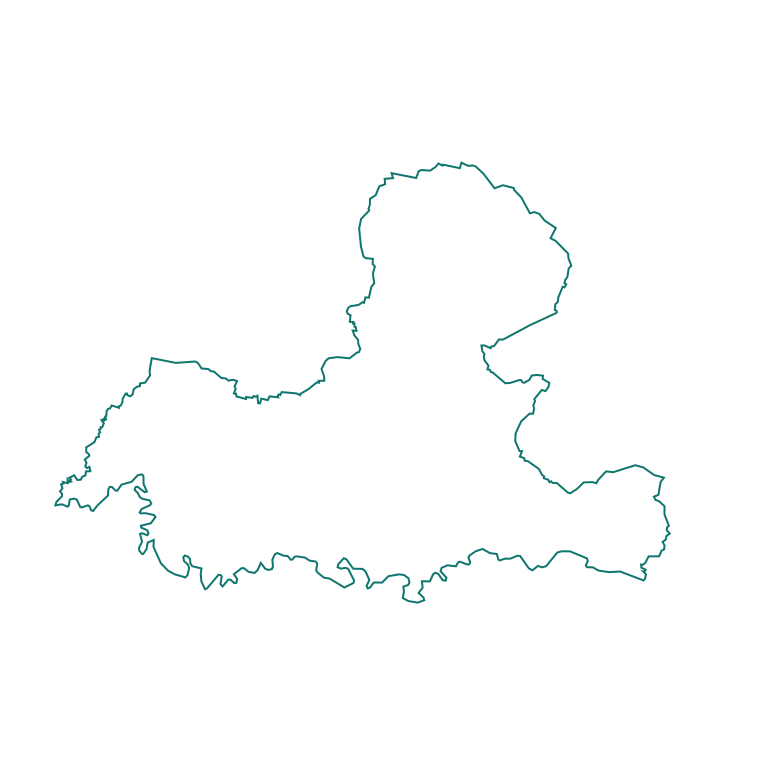 Mueang Maha Sarakham, Maha Sarakham, Thailand (orthographic projection), rotated 189°
{"feature_id": "78962969B99626144769270", "entity_name": "Mueang Maha Sarakham", "entity_type": "district", "adm_level": 2, "iso_a3": "THA", "parent_name": "Thailand", "parent_adm1": "Maha Sarakham", "projection": "orthographic", "projection_center": [103.336, 16.105], "detail": "fine", "context": "isolated", "style": "outline", "palette": "teal", "viewbox_px": 768, "rotation_deg": 189, "n_neighbors": 0, "source": "geoboundaries", "source_scale": "gbopen_adm2", "svg_char_len": 6139}
<svg xmlns="http://www.w3.org/2000/svg" viewBox="0 0 768 768"><g transform="rotate(189 384 384)"><path d="M285.8,596.0L286.5,597.9L297.7,598.9L305.4,594.6L318.7,607.3L327.5,613.2L330.4,613.8L335.0,612.6L342.1,614.7L342.9,609.0L360.0,609.9L360.3,608.9L364.7,610.3L367.1,606.4L371.7,602.0L380.8,601.1L382.9,599.7L384.5,592.5L409.5,593.4L407.3,588.8L415.4,586.7L414.2,581.5L419.6,578.5L421.7,569.3L426.8,564.7L426.0,558.8L426.7,554.6L425.7,553.1L432.4,543.5L432.9,533.8L428.2,516.0L424.1,506.6L421.6,505.4L414.6,505.9L414.0,500.7L411.4,498.7L412.2,491.3L409.4,481.9L411.7,478.1L412.4,466.9L415.9,466.7L416.4,461.1L417.8,461.6L421.4,458.2L429.5,455.5L431.3,453.5L432.1,449.9L430.7,447.6L427.8,446.7L427.5,440.0L424.0,440.5L424.0,438.9L422.7,439.3L422.1,435.9L420.9,435.9L419.5,432.2L423.3,431.9L420.8,427.3L416.6,423.7L415.6,419.5L412.9,415.0L413.7,411.6L415.8,410.7L422.0,404.0L434.1,403.3L442.6,400.8L445.1,398.0L448.1,389.1L444.4,382.2L443.5,377.9L449.0,376.9L448.4,375.1L450.7,375.0L457.9,367.0L465.0,361.2L465.0,359.9L469.3,361.0L483.7,360.0L484.7,356.9L486.3,357.3L487.1,355.7L486.4,354.3L495.1,353.9L496.3,349.9L502.9,350.4L503.4,345.5L505.3,345.4L507.2,352.6L508.7,351.3L510.9,351.7L511.6,349.8L518.2,349.5L517.9,347.6L527.8,348.6L528.6,351.3L530.7,351.1L529.8,356.3L531.2,358.2L529.6,363.9L533.7,364.6L538.1,363.0L541.0,364.7L545.6,364.5L554.1,369.8L556.9,369.5L560.0,371.3L566.6,370.8L571.1,375.7L573.9,376.7L592.9,372.3L617.4,373.2L617.6,360.3L616.4,356.0L620.1,348.0L625.1,346.4L624.7,343.7L627.4,342.8L630.4,339.7L630.7,334.2L632.9,332.1L635.9,333.0L636.4,334.4L637.8,334.1L639.8,328.4L639.5,324.9L640.7,321.4L642.5,320.4L642.1,319.1L649.6,320.2L650.7,317.0L652.6,316.3L653.7,313.8L653.3,309.1L654.3,308.2L653.6,307.0L654.5,306.5L653.2,305.4L654.5,304.3L655.2,305.5L657.4,304.2L654.6,301.3L655.5,297.5L657.1,296.9L656.8,295.6L658.3,294.3L656.8,291.8L658.1,290.4L657.3,287.1L659.7,286.3L660.9,281.3L668.2,274.8L667.3,270.0L664.5,268.6L663.8,267.0L667.7,262.5L665.5,259.5L666.2,256.0L664.3,254.4L662.0,256.1L660.4,251.9L664.6,251.1L664.6,247.0L667.8,244.9L668.3,242.2L671.9,241.2L675.7,245.4L680.2,242.0L678.2,240.5L679.0,239.0L678.1,238.6L679.5,238.1L681.5,240.1L680.9,236.5L685.7,237.0L685.0,235.6L687.2,234.4L685.3,230.7L687.2,227.3L684.9,225.2L684.5,222.8L689.1,216.3L689.6,212.7L683.4,214.8L677.3,213.3L676.3,214.7L676.3,220.8L672.0,222.4L669.3,221.8L664.8,215.0L663.0,214.9L657.4,217.9L655.7,217.1L653.6,213.5L651.4,213.1L648.2,219.0L639.1,230.8L639.8,237.0L638.8,239.5L636.6,239.7L632.5,236.8L630.7,236.9L627.5,243.6L618.0,247.9L612.8,255.5L608.9,256.9L607.2,255.4L605.8,247.5L601.4,240.7L603.5,239.7L611.4,244.0L613.4,243.1L613.7,240.4L610.1,237.8L607.5,234.1L604.7,232.8L597.3,232.4L595.2,229.6L596.0,227.8L603.7,222.7L605.3,218.9L604.1,218.1L599.4,219.1L590.7,218.6L588.9,216.8L592.5,210.0L602.0,205.9L601.2,204.1L595.1,202.6L593.3,199.8L594.1,197.6L599.9,198.8L601.5,197.7L598.3,190.3L600.4,183.7L599.7,181.2L596.4,178.3L595.2,178.5L592.8,183.6L592.5,190.5L587.0,193.9L586.2,187.1L576.3,172.0L568.0,165.8L561.0,163.3L549.9,161.9L548.1,164.7L547.7,171.9L549.4,174.9L553.9,178.0L555.1,181.6L553.9,183.4L550.4,182.8L548.1,180.6L547.2,176.6L544.9,174.0L535.4,173.3L535.3,167.6L533.5,160.5L528.6,153.3L526.8,154.5L517.7,169.5L515.8,169.8L514.1,168.6L514.2,160.7L511.7,158.8L507.1,166.5L504.9,166.7L500.9,164.0L498.7,164.4L498.6,168.5L502.5,172.7L495.7,179.9L493.6,180.2L488.4,177.3L482.3,177.1L479.6,180.6L477.7,188.0L472.3,182.9L468.9,182.3L465.8,183.6L465.1,186.3L466.8,193.0L465.2,198.6L463.0,200.4L456.6,198.7L452.3,199.0L448.5,195.8L446.8,196.4L445.5,199.2L443.6,200.1L434.8,200.2L429.9,197.9L423.8,198.0L421.8,196.2L421.9,189.6L420.5,187.6L413.1,183.4L407.3,183.3L391.3,176.8L383.1,182.6L382.7,185.1L390.5,195.9L393.2,196.4L397.7,194.9L401.2,195.8L400.9,199.0L396.5,205.6L393.9,205.1L385.5,196.8L376.3,198.0L372.9,195.9L367.8,188.2L369.6,181.9L368.1,179.6L366.0,180.7L363.1,186.3L354.8,187.6L349.7,194.8L339.5,198.3L334.4,198.5L329.5,196.0L327.8,191.7L328.7,189.3L333.2,186.9L331.9,182.3L331.9,175.5L325.8,173.4L316.3,173.4L310.4,176.8L311.6,179.3L317.1,183.0L314.0,189.0L315.7,195.1L307.8,196.2L305.7,203.8L303.5,205.7L300.6,204.8L295.5,199.5L292.3,199.4L292.1,202.5L298.8,207.9L298.3,211.5L292.8,214.9L284.4,215.2L283.0,219.3L281.2,220.4L273.9,218.8L271.6,219.2L270.9,221.2L273.5,225.9L272.6,228.1L267.3,233.1L260.8,236.5L252.9,233.5L246.0,233.8L243.6,228.5L242.2,227.8L237.2,230.4L232.0,231.2L225.5,235.2L222.7,235.5L212.0,224.5L208.2,223.2L203.5,228.4L199.0,227.7L195.4,229.4L186.5,244.6L182.5,246.5L174.0,247.8L156.2,243.5L155.0,241.0L156.3,236.4L154.9,234.8L149.0,235.6L143.0,233.3L132.3,233.4L121.3,235.7L96.9,230.6L95.6,232.6L95.6,237.1L98.6,239.4L97.2,239.3L96.5,241.5L101.1,242.9L101.8,245.9L100.0,245.9L97.9,248.3L95.6,255.2L85.3,256.8L83.8,262.7L81.4,264.6L81.7,268.5L84.1,271.5L81.3,274.7L81.3,278.0L78.4,281.0L81.7,283.7L82.1,286.5L80.4,288.5L86.6,299.1L87.8,307.2L94.1,311.3L97.7,312.0L99.8,314.9L95.6,317.5L95.5,330.4L92.9,335.3L102.8,336.3L114.9,342.2L123.1,343.1L143.7,332.8L151.0,332.4L157.4,322.9L158.8,319.2L162.3,319.7L171.3,318.1L177.2,310.3L183.0,305.2L185.4,305.5L197.7,313.2L202.1,312.7L203.7,314.0L205.2,312.9L206.6,315.0L211.5,316.0L211.4,317.8L213.7,319.0L217.7,324.3L229.6,330.2L233.2,330.3L233.8,332.7L238.4,333.5L237.2,339.3L239.7,339.0L245.4,348.1L246.3,355.9L242.7,368.5L235.5,377.6L232.2,377.9L231.8,383.0L233.2,386.4L232.1,390.6L233.2,392.6L227.2,402.8L223.4,402.2L221.1,406.8L220.9,411.0L228.1,413.8L228.3,417.1L234.7,416.8L239.5,415.4L240.9,411.0L245.6,407.2L247.5,407.3L249.2,409.3L250.8,409.1L259.6,404.8L264.3,403.7L278.5,412.4L280.4,412.6L281.7,414.6L284.1,414.6L283.7,418.5L288.4,423.1L289.7,426.5L289.4,429.2L292.0,431.7L293.8,437.3L290.4,437.8L284.3,436.0L284.0,437.7L281.2,438.7L277.5,445.9L273.4,446.5L248.8,465.1L224.7,481.3L224.8,483.1L226.9,484.0L227.3,489.5L225.2,492.3L225.4,496.7L222.7,508.0L220.9,507.7L219.6,511.0L221.5,511.8L221.3,515.0L219.6,518.5L219.7,526.9L217.5,530.2L221.5,537.0L222.5,541.6L237.0,552.3L242.3,554.0L238.7,564.9L250.9,570.5L257.2,576.3L262.4,577.3L266.6,575.4L277.4,589.6L285.8,596.0Z" fill="none" stroke="#0f766e" stroke-width="2"/></g></svg>